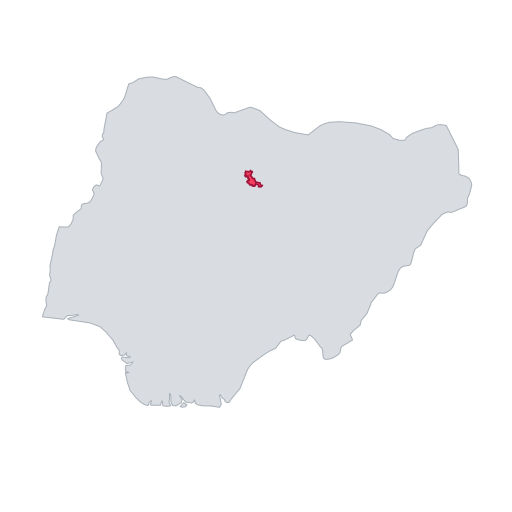 location of Ikara, Kaduna, Nigeria, rotated 9°
{"feature_id": "59680162B12574760496394", "entity_name": "Ikara", "entity_type": "district", "adm_level": 2, "iso_a3": "NGA", "parent_name": "Nigeria", "parent_adm1": "Kaduna", "projection": "mercator", "projection_center": [8.11, 11.312], "detail": "fine", "context": "in_parent", "style": "filled", "palette": "rose", "viewbox_px": 512, "rotation_deg": 9, "n_neighbors": 0, "source": "geoboundaries", "source_scale": "gbopen_adm2", "svg_char_len": 6878}
<svg xmlns="http://www.w3.org/2000/svg" viewBox="0 0 512 512"><g transform="rotate(9 256 256)"><path d="M423.5,97.3L439.0,119.0L442.2,135.2L443.5,143.1L446.0,144.1L450.9,144.5L454.4,146.1L456.5,148.7L457.8,151.2L458.0,152.7L457.0,162.3L455.8,165.8L456.5,170.6L456.3,172.6L455.7,174.0L453.6,175.6L450.7,177.1L443.6,181.7L441.6,182.4L438.7,182.5L436.2,183.7L433.1,186.1L426.6,195.3L421.1,204.6L417.0,219.5L412.1,224.1L411.2,228.3L410.4,237.6L409.7,240.3L408.9,241.2L403.6,242.9L400.6,245.1L398.8,249.3L396.4,263.6L395.6,265.9L393.9,268.4L391.2,271.1L388.8,272.5L382.8,273.5L377.0,284.2L376.9,286.1L374.4,295.9L370.0,303.2L369.7,307.9L364.1,314.3L361.3,318.7L364.2,323.3L364.4,324.0L354.9,331.8L354.3,333.0L354.0,338.3L353.2,339.8L351.4,341.7L348.9,343.9L346.3,345.6L343.3,346.7L340.5,347.2L338.9,346.5L338.0,344.9L336.4,338.3L335.6,336.9L333.7,335.6L326.4,328.4L322.0,325.9L321.0,326.0L320.3,326.7L319.0,330.4L317.8,331.7L315.4,332.2L311.4,332.2L308.4,331.7L307.7,331.0L306.3,328.1L297.2,334.7L294.0,336.2L289.9,344.0L284.2,347.8L280.3,351.2L269.7,361.8L267.5,364.9L265.4,369.5L260.9,389.4L253.6,401.7L252.6,404.4L252.2,404.3L251.2,405.4L248.4,404.7L247.1,402.4L245.4,402.0L242.3,398.6L241.7,399.2L244.9,407.7L243.7,411.1L234.7,411.2L227.0,412.3L221.7,412.2L219.1,411.0L217.9,407.8L217.5,408.1L217.2,409.8L215.5,411.2L209.6,411.4L206.9,409.2L204.8,406.8L202.5,405.7L202.9,406.7L205.5,409.1L205.2,412.6L200.4,416.5L197.4,416.8L195.5,415.0L194.5,412.2L194.0,408.1L192.8,405.4L192.1,405.4L192.9,409.9L192.9,414.1L195.2,417.3L191.7,418.4L187.5,418.5L187.0,417.3L186.5,414.6L185.7,413.9L184.9,418.4L176.3,419.7L175.0,419.5L174.8,418.7L175.4,417.4L175.3,415.3L173.4,416.9L173.1,420.1L172.0,420.6L168.7,420.1L165.1,418.5L159.3,414.5L152.2,408.0L151.0,405.1L149.0,401.5L145.2,391.7L145.9,391.2L147.6,391.8L148.4,390.8L145.4,390.2L144.8,389.4L144.6,387.3L144.7,384.6L149.2,383.2L150.3,381.6L150.9,380.0L145.3,382.4L140.1,379.6L139.0,377.9L139.6,376.6L145.6,376.5L147.7,375.3L146.4,374.8L144.1,374.9L143.3,374.0L143.4,372.0L142.6,372.5L141.6,374.3L138.1,375.6L136.1,374.3L135.9,371.3L135.4,370.0L133.7,369.0L127.6,361.2L119.9,354.7L113.0,350.2L102.7,348.1L81.1,348.2L79.9,347.5L81.2,346.5L83.1,345.8L90.0,342.2L88.9,341.7L81.6,344.0L79.2,344.2L76.0,348.6L54.7,349.5L54.7,347.5L55.7,341.8L57.0,337.8L55.5,333.0L55.2,328.7L56.1,327.3L56.4,325.7L56.2,314.5L57.3,312.9L57.3,311.8L55.1,307.0L55.1,303.3L54.7,299.8L54.0,298.2L54.8,284.6L54.6,281.2L55.3,278.8L55.6,272.9L55.6,267.1L57.0,258.0L66.1,256.8L68.3,253.2L69.6,248.7L69.2,244.2L72.2,240.3L75.8,236.8L75.6,233.0L76.6,231.8L78.3,230.9L80.7,230.5L83.5,228.6L85.0,225.2L86.5,219.9L84.1,216.1L84.2,215.3L85.0,213.3L86.5,211.3L87.6,210.7L90.3,211.2L91.1,210.4L92.8,204.5L92.7,202.9L90.2,198.9L88.8,188.2L88.1,186.8L86.2,184.9L81.1,177.3L81.2,173.7L83.3,169.2L84.8,166.9L86.7,165.7L87.1,164.6L86.5,163.4L85.5,162.4L85.3,160.3L86.3,157.5L86.0,154.3L86.5,138.1L90.6,134.9L96.7,129.6L99.8,124.0L101.4,119.8L103.4,105.9L106.6,104.4L112.7,99.3L120.9,96.3L126.3,95.3L135.7,95.9L140.5,95.4L144.5,92.7L146.3,91.9L148.9,91.4L172.3,98.7L174.5,98.4L176.3,98.9L179.2,100.8L186.1,107.6L193.3,118.0L195.6,120.3L197.8,121.5L200.1,121.9L201.9,121.8L203.5,120.8L205.8,118.8L209.2,117.9L212.1,118.0L226.6,110.0L228.0,109.9L237.0,111.7L249.2,119.7L259.2,125.0L266.2,126.7L274.4,128.0L288.5,128.3L299.1,117.1L303.0,114.6L307.7,112.4L317.6,110.3L333.9,108.9L349.2,109.5L358.8,111.4L368.8,115.1L373.1,118.6L379.9,119.2L384.8,118.5L386.4,115.0L391.3,110.4L398.6,106.2L404.6,103.2L409.5,101.8L413.9,98.4L417.4,97.4L423.5,97.3ZM210.1,415.8L206.8,416.9L204.7,416.6L207.6,412.1L209.1,413.1L211.0,413.5L210.1,415.8Z" fill="#d9dde1" stroke="#a8b0b8" stroke-width="1"/><path d="M242.7,180.2L242.4,180.1L242.3,179.8L242.2,179.7L241.8,179.7L241.5,179.7L241.1,179.8L240.8,180.0L240.6,179.8L240.3,179.4L240.1,179.2L239.7,178.9L239.4,178.7L239.4,178.4L239.0,178.2L238.8,178.1L238.7,177.9L237.9,177.6L237.9,177.4L237.8,177.2L237.6,176.9L238.1,176.8L238.5,176.6L238.6,175.9L238.5,175.2L238.8,174.8L239.0,174.5L239.0,174.2L238.9,174.1L239.2,173.9L239.3,173.8L239.3,173.6L238.9,173.0L237.9,173.0L237.7,173.0L237.6,172.9L237.6,173.0L237.5,172.9L237.4,172.9L237.2,172.9L237.1,173.0L236.8,173.1L236.7,173.1L236.6,173.3L236.6,173.5L236.3,173.5L236.2,173.6L235.9,173.7L235.9,173.8L235.7,173.8L235.6,174.0L235.4,174.1L235.2,174.1L235.0,173.9L234.8,173.9L234.7,173.9L234.7,174.0L234.2,174.0L233.8,174.0L233.7,174.1L233.4,174.2L233.2,174.3L233.1,174.2L233.1,174.3L232.9,174.5L232.7,174.4L232.7,174.5L232.4,174.8L232.3,175.1L232.2,175.2L232.3,175.4L232.3,175.5L232.5,175.6L232.6,175.8L232.7,176.0L232.8,176.1L232.7,176.2L232.6,176.3L232.6,176.5L232.8,176.6L233.0,176.6L233.1,176.8L233.0,177.1L232.9,177.1L232.7,177.2L232.7,177.3L232.8,177.4L232.7,177.4L232.7,177.5L232.7,177.8L232.4,178.0L232.5,178.1L233.0,178.3L232.9,178.3L232.9,178.5L232.8,178.8L233.0,178.9L233.3,178.7L233.4,178.8L233.4,179.0L233.5,179.1L233.7,179.4L233.8,179.3L233.9,179.2L234.1,179.2L234.1,178.8L234.3,178.8L234.3,178.6L234.6,178.5L234.8,178.5L235.2,178.4L235.4,178.3L235.6,178.3L235.6,178.2L235.8,178.1L236.0,178.2L235.9,178.2L235.8,178.5L235.8,179.2L235.8,179.9L235.8,180.2L235.8,180.3L236.0,180.4L235.9,180.5L236.0,180.6L236.2,180.8L236.3,180.8L236.5,181.0L236.8,181.0L237.0,181.0L237.3,181.1L237.4,181.3L237.3,181.6L237.4,181.8L237.2,181.8L237.0,182.0L236.9,181.9L236.9,182.0L236.8,181.9L236.7,181.9L236.6,182.0L236.6,182.5L236.5,182.9L236.6,183.0L236.4,183.2L236.2,183.2L236.3,183.2L236.2,183.2L235.9,183.1L235.9,183.3L235.7,183.5L235.6,183.8L235.4,184.0L235.7,184.5L235.9,184.5L236.1,185.0L236.6,185.0L236.8,185.0L237.6,185.3L237.8,185.8L238.3,185.8L238.4,186.3L238.9,186.8L239.1,187.0L239.2,186.9L239.4,186.7L239.9,186.5L240.7,186.2L241.0,186.1L241.4,186.3L241.5,186.4L241.4,186.4L241.2,186.7L241.2,186.9L241.3,187.4L241.9,187.4L242.1,187.5L242.4,187.5L242.5,187.5L242.7,187.3L242.8,187.3L243.0,187.4L243.3,187.3L243.6,187.3L243.7,187.0L243.8,186.9L244.0,186.7L244.3,186.6L244.3,186.1L244.2,185.7L244.0,185.4L244.1,185.2L244.5,184.8L244.6,184.6L244.8,184.8L245.0,185.0L245.3,185.1L245.5,185.2L245.9,185.0L246.0,185.0L246.5,185.2L247.4,185.7L247.5,185.9L247.6,186.2L247.5,186.5L247.5,186.8L247.6,187.2L248.1,187.3L248.9,187.0L249.1,187.0L249.4,187.0L249.6,187.0L249.8,187.1L250.0,187.0L250.2,186.8L250.4,186.7L250.6,186.5L250.8,186.4L251.0,185.7L251.3,185.4L251.2,185.3L251.0,185.5L250.9,185.5L250.6,185.4L250.4,185.4L250.1,185.4L249.8,185.2L249.7,185.1L249.4,185.0L249.3,184.6L249.1,184.2L248.9,183.9L248.6,183.7L248.5,183.1L248.3,183.1L248.0,183.0L247.8,183.0L247.6,183.0L247.4,183.1L246.5,183.1L245.9,183.1L245.7,183.1L245.2,182.9L245.1,183.0L244.8,183.1L244.4,182.9L244.2,182.8L243.9,182.9L243.7,182.6L243.7,182.4L243.7,182.1L243.5,181.8L243.5,181.7L243.2,181.5L243.1,181.4L242.8,181.4L242.7,181.4L242.4,180.9L242.5,180.6L242.7,180.4L242.7,180.2Z" fill="#f43f5e" stroke="#9f1239" stroke-width="1.5"/></g></svg>